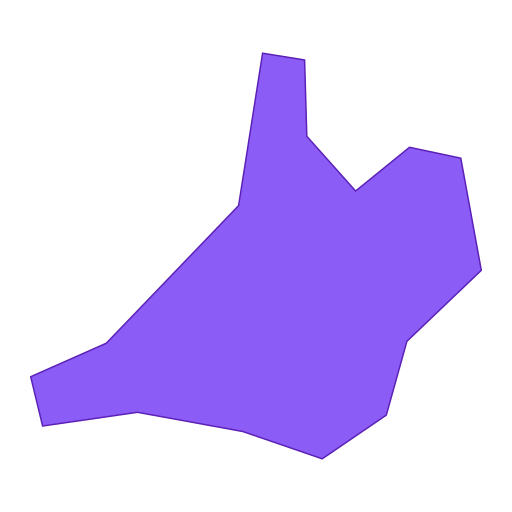 map outline of Port Louis city (Albers equal-area conic projection)
{"feature_id": "MUS-5190", "entity_name": "Port Louis city", "entity_type": "City", "adm_level": 1, "iso_a3": "MUS", "parent_name": "Mauritius", "parent_adm1": "", "projection": "albers", "projection_center": [57.494, -20.147], "detail": "fine", "context": "isolated", "style": "filled", "palette": "violet", "viewbox_px": 512, "rotation_deg": 0, "n_neighbors": 0, "source": "natural_earth", "source_scale": "10m", "svg_char_len": 331}
<svg xmlns="http://www.w3.org/2000/svg" viewBox="0 0 512 512"><path d="M30.7,376.7L106.3,343.2L238.6,205.6L262.6,53.2L304.6,60.0L306.8,136.3L355.6,191.0L409.5,147.3L460.8,158.2L481.3,270.3L406.9,341.3L386.3,415.1L322.2,458.8L242.7,431.5L137.5,412.3L42.6,426.0L30.7,376.7Z" fill="#8b5cf6" stroke="#5b21b6" stroke-width="1.5"/></svg>